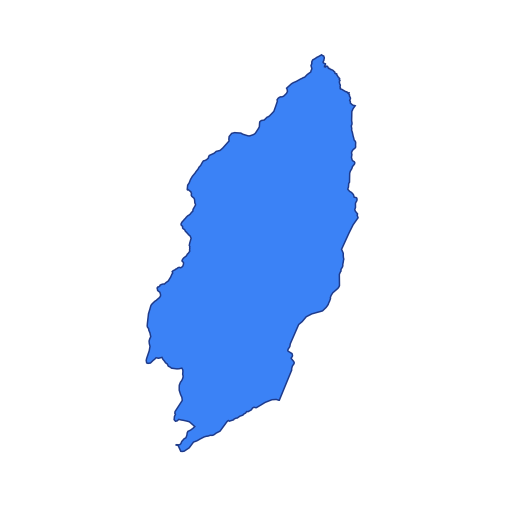 the district of Valle Grande, Jujuy, Argentina, rotated 212°
{"feature_id": "61730980B80142303912096", "entity_name": "Valle Grande", "entity_type": "district", "adm_level": 2, "iso_a3": "ARG", "parent_name": "Argentina", "parent_adm1": "Jujuy", "projection": "equal_earth", "projection_center": [-64.987, -23.464], "detail": "fine", "context": "isolated", "style": "filled", "palette": "blue", "viewbox_px": 512, "rotation_deg": 212, "n_neighbors": 0, "source": "geoboundaries", "source_scale": "gbopen_adm2", "svg_char_len": 6111}
<svg xmlns="http://www.w3.org/2000/svg" viewBox="0 0 512 512"><g transform="rotate(212 256 256)"><path d="M349.2,275.8L349.0,276.4L345.2,275.9L344.6,275.3L343.8,274.8L343.2,273.3L342.1,272.6L339.0,272.1L337.8,271.0L336.0,268.6L334.7,267.8L334.3,267.0L334.1,262.2L333.3,260.4L333.8,259.0L334.0,256.6L334.5,255.2L335.2,253.9L335.7,251.9L335.8,250.4L336.2,249.1L336.3,247.6L336.7,246.2L336.7,244.5L336.5,243.3L335.7,242.5L334.0,242.2L333.0,240.8L331.9,240.5L330.6,240.6L328.7,239.4L327.5,239.4L327.1,239.1L325.4,238.7L324.6,238.3L323.0,238.2L322.2,237.9L320.4,236.6L319.1,232.0L318.2,229.6L317.2,229.0L316.8,228.1L316.1,227.2L315.5,225.8L315.1,225.5L314.7,224.9L314.9,222.0L315.2,221.5L315.1,219.2L316.3,216.0L316.5,214.2L316.2,212.6L314.0,212.0L313.3,210.9L312.7,208.9L313.0,207.3L313.6,206.1L314.9,205.8L315.5,205.3L316.0,204.6L316.4,203.3L317.2,202.2L317.3,201.5L318.5,199.6L318.8,198.3L318.1,197.9L317.5,197.0L317.7,196.2L317.4,194.3L317.2,192.9L317.2,189.8L317.1,188.6L318.3,185.6L318.8,183.7L320.0,183.0L321.2,181.6L321.9,180.4L321.7,179.5L322.3,178.0L322.8,177.8L322.9,176.4L322.1,175.7L321.1,174.6L318.3,174.3L316.6,172.8L315.8,171.6L315.8,169.7L316.8,166.6L317.0,165.6L317.7,164.3L318.3,162.2L318.9,159.5L318.8,158.0L317.8,154.6L316.5,149.8L316.1,149.1L312.3,141.1L311.2,139.0L310.1,138.0L308.7,137.6L307.6,136.3L305.1,134.5L302.5,131.8L302.2,129.3L301.6,127.2L300.0,125.1L298.0,123.2L296.3,119.0L294.5,111.3L293.8,109.3L292.1,107.4L290.7,107.7L288.8,109.3L287.9,113.0L287.2,114.9L286.8,116.8L284.5,117.6L282.0,120.2L280.3,119.1L278.1,118.4L276.1,117.5L274.0,117.4L272.0,116.1L270.0,116.3L268.2,116.1L263.4,118.3L261.6,119.5L259.5,121.6L257.8,120.7L256.7,119.2L255.5,116.8L254.2,115.6L253.6,114.4L253.1,112.4L253.0,110.3L253.2,109.0L252.6,105.8L251.5,103.9L250.0,101.5L246.5,98.5L244.0,96.9L242.0,94.5L242.2,81.2L241.5,79.6L240.4,79.1L240.1,76.6L238.7,73.8L236.7,73.2L235.5,74.4L234.9,76.5L232.3,77.4L230.7,78.1L227.0,79.4L224.6,80.1L217.5,78.9L218.1,76.6L219.3,73.5L220.8,71.2L220.6,69.5L219.7,67.5L219.1,64.7L220.1,62.9L220.4,61.1L220.7,59.4L220.3,57.1L220.6,55.7L221.9,54.6L223.1,54.1L224.1,53.1L221.7,54.1L216.3,50.5L214.9,51.2L213.5,52.4L211.0,57.9L210.4,65.1L208.2,67.9L207.2,69.7L206.5,71.1L204.1,75.1L202.7,76.7L201.3,77.8L199.7,79.8L198.7,80.3L197.6,81.1L196.8,82.4L195.9,84.8L193.7,88.4L192.8,100.4L192.3,101.8L191.1,101.8L188.2,105.2L188.2,106.1L187.1,107.8L186.0,108.7L184.8,111.6L182.8,114.1L182.6,115.5L181.6,117.3L181.5,119.1L180.2,119.8L178.4,123.1L178.4,125.2L177.5,126.7L176.1,127.1L175.3,127.6L170.6,136.8L166.3,142.6L162.8,145.1L160.1,145.8L159.8,146.0L165.3,178.2L165.9,179.0L166.4,180.3L166.9,182.5L166.7,183.6L166.7,184.5L166.9,185.5L167.4,186.1L168.8,186.8L169.5,186.9L170.6,187.4L171.8,187.7L172.2,188.7L171.9,189.6L172.1,190.5L172.4,191.1L173.7,192.3L178.0,192.3L178.8,192.5L179.2,193.0L179.4,194.6L179.3,196.0L179.4,197.3L180.4,199.7L183.5,220.5L182.1,224.8L181.2,231.1L178.0,236.5L170.5,244.7L169.3,249.5L169.1,251.7L169.1,253.3L169.4,254.3L169.7,256.8L170.3,259.4L170.9,260.1L171.4,262.3L171.4,265.5L169.4,271.9L169.3,273.8L169.5,275.1L175.6,284.6L175.7,285.2L176.0,287.4L175.9,288.2L176.8,289.6L176.9,292.8L177.3,293.9L178.0,294.9L178.9,297.4L179.3,298.1L179.9,299.9L181.2,301.2L182.5,303.0L183.2,304.2L183.9,304.9L184.5,305.3L187.0,307.0L189.3,324.7L190.2,334.0L189.7,342.5L191.8,344.2L192.2,345.5L195.4,346.6L196.8,347.6L197.4,350.0L199.3,352.9L199.7,353.8L199.8,356.4L200.4,357.7L201.2,358.5L202.0,358.6L203.9,357.9L205.8,359.6L207.4,360.2L209.2,360.5L210.7,360.4L213.5,361.2L213.9,362.2L214.1,363.4L215.8,366.6L215.8,368.1L220.4,375.8L220.8,377.2L221.0,378.4L221.0,380.4L221.2,381.7L221.6,382.8L221.3,385.0L221.2,386.3L221.6,387.4L222.5,388.0L224.4,388.0L225.4,388.4L227.3,390.2L228.4,392.8L229.4,393.8L230.0,394.9L230.1,396.5L229.9,398.3L229.5,398.9L229.1,400.6L229.3,401.3L230.4,402.9L231.5,404.9L232.1,405.5L232.8,406.0L233.6,406.1L234.4,406.5L235.4,407.6L237.1,409.1L239.8,411.9L240.7,412.7L241.5,413.2L242.4,414.9L243.8,416.4L244.3,417.3L244.3,418.2L244.6,418.8L245.0,419.6L246.6,421.4L251.4,429.5L251.4,430.5L251.7,431.6L251.7,433.3L251.5,436.0L252.1,435.9L252.7,435.5L253.4,435.3L255.1,435.3L255.6,435.5L256.9,435.6L258.1,437.3L258.9,437.4L259.2,438.2L259.2,439.3L259.6,440.0L260.6,440.7L261.5,441.1L261.8,441.5L262.0,442.1L263.1,442.6L263.6,443.8L263.8,443.7L263.8,443.4L264.1,442.8L265.6,443.2L266.0,443.4L266.6,443.0L267.4,442.9L271.7,442.8L272.8,442.4L273.2,442.5L273.4,442.7L273.4,443.0L273.5,443.3L274.0,443.7L274.3,443.8L274.5,444.2L274.7,445.0L275.1,445.6L275.6,446.0L276.2,446.2L276.8,447.0L277.6,447.7L277.9,449.5L278.8,449.6L279.1,450.8L280.0,451.0L280.5,451.3L281.5,451.4L282.0,451.8L283.2,452.3L284.0,453.2L284.5,453.2L285.0,452.8L285.7,452.8L286.1,453.0L286.3,453.4L286.5,453.6L286.9,453.8L287.9,453.8L288.3,454.1L289.4,454.2L291.1,454.0L291.8,453.6L292.9,454.1L293.9,453.5L295.2,454.4L296.1,454.7L296.8,454.4L297.2,453.1L298.2,452.8L298.5,453.4L298.5,454.6L298.8,455.7L299.1,455.8L299.5,455.6L301.0,455.5L301.4,455.6L301.9,456.0L302.1,457.2L302.1,457.9L302.5,458.6L302.6,459.1L303.0,460.1L303.3,460.5L304.7,461.5L305.6,461.2L307.0,461.4L308.7,458.2L309.6,456.9L310.7,454.3L311.8,452.5L311.7,450.6L311.0,449.2L310.6,448.8L310.3,446.7L309.7,446.1L308.0,444.6L307.7,443.9L307.6,442.7L307.1,441.0L308.7,437.1L309.5,433.3L310.5,432.3L310.9,431.3L311.9,429.9L314.3,425.5L316.3,422.6L317.2,420.8L319.0,414.5L317.9,413.8L316.5,412.2L316.3,410.1L317.3,406.0L318.5,404.6L319.7,403.8L320.4,402.6L320.8,401.5L320.9,399.6L319.9,398.6L318.7,393.6L317.5,388.1L318.7,382.3L319.2,380.9L320.2,379.5L321.1,375.6L323.3,373.7L323.9,371.9L323.5,370.8L321.6,367.3L321.5,365.0L321.6,360.0L321.9,358.7L322.8,357.2L325.0,354.5L326.4,353.7L331.7,352.3L334.0,352.2L338.1,350.0L339.4,349.4L341.6,347.1L342.1,343.1L340.9,340.6L339.8,339.3L341.4,329.9L342.4,326.5L345.2,323.6L345.6,322.1L346.0,320.9L348.9,316.5L348.8,315.2L348.3,313.7L349.0,311.4L350.0,309.8L351.0,308.8L351.1,306.9L350.9,303.3L351.4,301.1L351.2,299.1L351.6,295.8L351.6,294.1L352.2,289.8L352.1,286.3L351.4,282.5L351.5,279.9L349.6,276.0L349.2,275.8Z" fill="#3b82f6" stroke="#1e3a8a" stroke-width="1.5"/></g></svg>